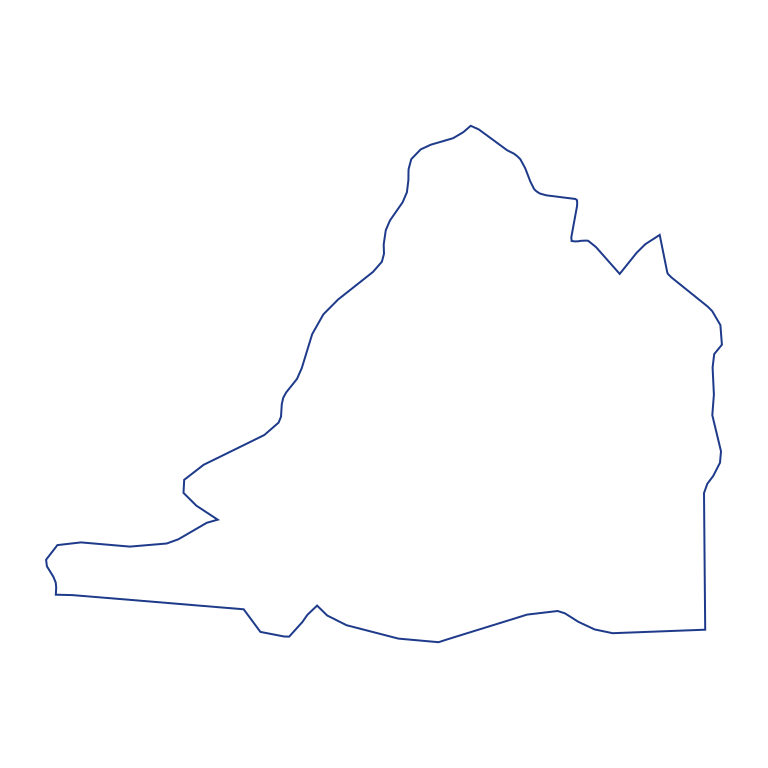 the border of Bântéay Méanchey
{"feature_id": "KHM-1777", "entity_name": "Bântéay Méanchey", "entity_type": "Province", "adm_level": 1, "iso_a3": "KHM", "parent_name": "Cambodia", "parent_adm1": "", "projection": "mercator", "projection_center": [102.955, 13.824], "detail": "fine", "context": "isolated", "style": "outline", "palette": "blue", "viewbox_px": 768, "rotation_deg": 0, "n_neighbors": 0, "source": "natural_earth", "source_scale": "10m", "svg_char_len": 1426}
<svg xmlns="http://www.w3.org/2000/svg" viewBox="0 0 768 768"><path d="M129.9,546.6L166.7,543.5L178.3,539.3L206.7,522.8L217.7,519.7L196.4,505.7L183.5,492.9L184.2,479.8L203.6,464.8L264.3,435.0L278.6,422.6L281.0,416.7L281.8,404.0L283.3,397.6L286.2,392.4L297.0,378.9L301.8,368.0L312.2,334.1L323.4,314.3L338.2,299.4L372.9,272.0L381.9,261.7L384.0,253.7L383.7,244.4L385.8,230.1L390.0,220.4L402.6,202.3L406.9,192.3L408.4,180.1L408.5,171.9L408.6,169.1L411.3,159.1L420.7,149.4L430.8,144.7L453.1,138.2L463.4,132.1L470.7,125.8L478.9,129.5L507.2,150.3L514.0,153.7L517.1,156.1L520.3,159.2L525.2,168.2L530.4,181.7L534.2,189.2L536.3,191.2L539.8,193.5L546.2,195.3L575.5,199.0L577.0,200.2L577.2,203.5L577.0,206.3L571.3,237.3L571.6,241.0L574.9,241.4L578.1,241.3L581.0,240.8L586.3,240.6L588.2,240.8L595.9,247.0L619.7,273.9L636.7,252.7L645.3,244.2L659.7,234.9L667.2,272.1L667.8,273.8L671.5,277.5L707.7,306.6L712.2,311.1L720.4,325.1L721.9,344.7L714.2,354.1L712.6,367.5L713.9,394.7L712.3,415.2L721.0,451.3L720.0,462.7L713.2,476.0L707.3,483.8L704.0,493.1L705.2,629.7L612.6,633.2L594.5,629.4L578.3,621.8L564.9,613.3L557.6,611.0L527.1,614.6L447.2,639.4L438.6,642.2L398.4,638.6L346.5,625.2L327.2,615.5L317.1,605.6L307.4,614.8L302.4,622.0L289.2,636.6L284.1,636.5L260.4,631.9L243.7,609.3L72.4,595.1L55.8,594.7L56.2,587.4L55.7,582.5L53.4,576.8L46.9,566.3L46.1,559.7L57.4,545.1L81.0,542.4L129.9,546.6Z" fill="none" stroke="#1e3a8a" stroke-width="2"/></svg>